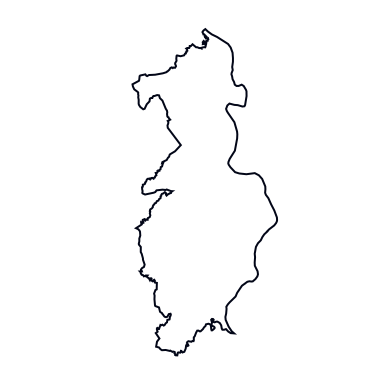 the district of Ambalema, Tolima, Colombia, rotated 341°
{"feature_id": "7082276B77811687937909", "entity_name": "Ambalema", "entity_type": "district", "adm_level": 2, "iso_a3": "COL", "parent_name": "Colombia", "parent_adm1": "Tolima", "projection": "natural_earth1", "projection_center": [-74.819, 4.832], "detail": "fine", "context": "isolated", "style": "outline", "palette": "ink", "viewbox_px": 384, "rotation_deg": 341, "n_neighbors": 0, "source": "geoboundaries", "source_scale": "gbopen_adm2", "svg_char_len": 6035}
<svg xmlns="http://www.w3.org/2000/svg" viewBox="0 0 384 384"><g transform="rotate(341 192 192)"><path d="M257.6,42.3L255.6,43.0L254.2,43.9L253.9,44.5L254.2,45.8L254.1,46.7L254.9,47.0L255.2,47.6L254.7,48.9L254.7,49.7L255.1,49.8L255.5,49.0L255.8,49.0L256.4,50.3L256.2,50.6L255.2,50.7L255.1,51.2L256.0,51.4L256.4,52.2L257.2,52.0L257.1,53.0L256.4,53.2L256.0,54.1L254.8,53.8L254.1,55.7L253.7,56.0L252.2,53.0L250.9,53.9L250.9,54.7L250.4,55.7L251.5,55.9L251.6,55.2L252.1,54.8L253.4,56.9L253.2,57.2L252.6,57.1L252.5,58.4L251.6,59.5L250.5,59.0L248.5,58.7L248.1,58.8L247.8,59.5L246.8,58.5L245.7,58.3L244.2,56.9L243.0,56.5L240.6,52.5L238.5,53.6L237.4,53.2L236.7,54.6L236.2,54.9L234.3,54.3L233.3,54.5L233.8,55.4L233.6,56.9L232.7,57.1L232.6,57.7L231.7,57.9L231.3,59.0L230.4,59.0L229.0,60.2L225.4,59.9L222.3,58.0L221.7,58.3L220.5,61.0L220.1,62.9L218.0,64.7L217.7,66.0L217.9,66.9L217.8,67.9L216.4,69.0L215.0,68.3L214.2,68.6L213.5,67.6L212.7,67.8L212.1,67.6L210.4,69.0L207.9,70.1L207.5,70.0L206.7,70.4L203.2,70.3L195.3,69.1L189.4,67.4L187.3,67.8L186.7,67.2L186.2,65.6L181.0,65.0L180.2,65.4L178.6,68.8L178.0,69.6L170.8,70.8L170.5,73.0L170.8,76.1L173.3,79.8L173.5,80.5L172.9,82.0L172.8,83.2L172.0,84.9L171.6,87.5L170.3,91.2L170.2,92.3L170.8,94.8L172.8,97.9L174.3,97.9L177.8,94.3L181.3,92.5L182.6,90.0L183.8,89.8L185.1,90.2L186.1,89.0L186.9,88.7L187.8,89.0L190.6,89.0L192.3,89.9L192.2,92.8L193.8,95.9L194.3,104.7L194.8,106.9L194.6,108.5L193.8,110.1L193.3,112.5L193.5,113.2L194.1,113.7L194.1,114.5L194.9,116.5L192.2,116.9L192.5,118.0L191.8,119.5L190.5,121.1L190.0,123.4L196.7,144.0L189.2,148.0L183.5,149.2L183.0,149.5L181.8,151.2L180.4,151.8L178.5,153.5L173.7,154.1L173.3,154.7L174.4,154.6L174.5,154.9L173.5,155.9L172.0,158.1L170.6,158.3L169.6,160.3L168.5,160.5L168.1,161.3L167.0,160.7L166.6,161.3L166.1,161.1L165.9,161.9L165.2,162.5L163.9,162.2L163.8,164.6L162.2,165.2L161.6,166.2L160.7,166.2L160.0,166.9L159.0,165.7L158.5,165.6L157.7,166.0L157.0,165.5L156.4,166.4L155.1,165.2L154.3,165.1L153.3,165.6L151.9,167.3L150.8,167.7L150.6,168.5L149.8,169.2L147.9,169.1L147.2,171.0L146.3,171.2L145.7,173.6L145.6,175.0L144.7,176.7L145.0,177.4L146.8,179.1L155.6,180.2L157.3,180.1L159.0,178.9L164.9,180.2L167.7,181.5L168.9,181.4L172.4,184.3L173.6,184.8L172.8,185.0L171.8,186.1L170.8,185.9L170.3,186.2L169.0,186.2L166.8,187.1L166.5,186.0L167.1,184.8L166.3,183.3L164.6,184.0L163.0,184.0L162.1,184.6L161.7,185.6L160.8,185.9L160.5,187.2L160.1,187.7L158.7,187.9L157.4,189.2L155.8,189.2L154.4,190.6L153.0,190.6L152.2,191.5L151.4,191.7L150.3,192.7L150.1,193.5L148.8,194.4L146.8,194.9L145.9,196.3L146.2,196.7L146.0,197.3L145.2,198.3L145.0,200.5L143.8,202.0L141.8,202.3L141.0,203.8L139.9,203.1L138.5,203.9L138.3,203.7L138.6,202.6L138.4,202.2L136.4,202.3L136.0,202.9L136.2,204.8L136.0,205.3L135.3,205.1L134.1,203.9L133.8,204.7L134.3,205.8L134.0,206.3L127.3,208.0L129.0,209.6L129.8,211.4L129.9,212.7L128.9,216.4L127.0,218.9L126.2,221.4L124.8,223.7L124.7,224.5L125.7,227.3L124.0,232.1L124.3,234.1L124.0,238.8L123.6,240.0L123.6,245.2L122.2,247.2L120.0,247.7L118.5,248.7L118.2,249.7L118.8,250.2L118.8,250.8L116.9,250.2L117.3,251.1L117.1,252.6L117.5,253.3L117.5,253.9L118.8,254.9L119.0,256.0L119.7,255.9L120.3,256.4L121.2,255.9L122.7,256.5L121.6,257.2L122.3,258.6L123.1,259.2L123.5,261.7L124.9,260.2L125.5,260.4L125.6,260.7L125.0,261.9L125.2,263.0L125.7,263.7L126.5,263.7L127.2,262.8L127.7,262.7L128.0,263.8L127.5,265.0L127.5,265.6L129.2,266.5L126.9,272.6L125.5,272.8L123.1,275.7L122.9,277.8L121.6,281.1L120.1,287.2L120.2,287.9L123.2,290.4L122.8,294.7L123.0,295.3L124.1,296.5L124.2,297.5L124.8,298.5L124.8,299.2L125.5,301.0L126.7,301.9L128.1,301.9L130.3,299.9L132.8,300.2L132.3,300.4L131.5,302.0L130.6,302.6L129.4,305.0L129.2,305.2L127.1,304.9L125.9,307.1L124.3,307.6L123.1,308.7L121.8,309.1L120.8,307.8L119.7,308.0L118.9,307.4L116.2,310.8L115.6,310.6L115.2,309.3L114.5,309.4L114.0,310.7L114.0,312.9L111.8,313.6L113.5,319.9L110.2,322.1L107.7,326.6L110.2,328.3L111.0,330.4L112.1,331.8L115.7,332.8L119.2,335.0L119.8,334.9L121.5,336.8L122.2,336.7L123.4,337.5L123.6,337.9L122.9,338.9L123.5,339.9L123.0,340.6L123.4,341.1L124.9,341.7L126.3,339.3L126.8,339.2L128.6,340.1L129.2,339.8L129.8,338.6L130.2,338.8L130.8,340.6L132.7,340.6L135.0,338.1L136.6,335.0L137.2,334.8L137.8,336.2L138.6,336.0L138.6,334.9L138.0,333.1L138.7,332.3L140.0,331.9L142.7,333.4L143.9,333.0L144.9,333.5L145.4,332.9L146.4,330.0L147.5,329.4L150.2,326.2L151.8,324.8L152.9,325.1L154.1,326.4L154.8,326.5L157.7,325.2L159.3,323.9L161.1,323.1L162.1,321.7L164.6,321.9L165.7,322.7L166.2,323.5L166.3,324.7L165.5,328.2L165.5,329.2L166.2,329.4L168.4,328.5L169.2,327.9L169.2,327.1L168.8,326.3L167.6,325.2L167.2,323.8L168.5,321.8L168.5,319.1L169.5,318.5L170.5,318.9L170.9,319.8L170.5,320.4L169.6,320.6L169.7,321.7L171.0,322.6L172.7,322.5L173.9,322.9L175.6,324.9L176.2,327.5L175.7,330.9L175.9,332.1L177.5,332.7L179.5,332.7L180.8,335.7L182.6,338.0L185.8,339.4L184.2,336.6L182.8,331.2L182.2,323.9L182.9,321.0L184.7,318.1L186.6,313.8L187.1,311.7L189.2,310.0L191.6,308.6L199.2,305.0L201.9,302.0L208.7,296.9L215.1,294.9L217.2,295.1L219.0,296.0L220.3,296.3L223.6,295.0L226.3,293.1L227.6,291.3L228.2,288.3L227.4,282.2L228.3,279.1L230.4,274.2L231.2,270.8L234.6,264.7L237.7,261.9L241.3,260.1L243.9,257.5L246.6,255.5L250.3,253.9L250.2,253.7L252.8,252.4L258.8,250.4L261.3,248.8L262.6,247.5L263.3,246.3L264.0,243.7L263.8,236.2L262.8,229.4L262.2,222.7L260.9,218.7L260.9,216.5L262.3,213.3L263.1,210.6L262.6,202.5L260.7,198.0L257.5,194.6L249.2,192.9L242.8,189.9L239.2,187.3L236.4,181.1L235.6,178.1L235.6,176.8L236.3,175.4L238.5,172.9L246.0,166.9L252.1,156.1L253.6,152.3L254.3,149.5L254.8,139.8L251.7,128.7L251.3,126.7L251.3,124.5L253.6,121.7L256.2,120.6L260.4,123.4L263.6,124.8L267.5,127.6L269.5,128.0L270.5,127.1L274.8,119.1L276.3,114.5L276.3,112.9L275.4,108.6L273.9,106.7L270.7,106.9L268.6,106.2L267.4,104.4L267.6,101.7L267.1,98.6L267.6,95.5L267.6,93.6L268.2,92.4L270.2,90.0L270.7,86.9L273.1,82.2L274.3,78.8L275.7,73.5L275.6,68.0L274.3,63.8L266.2,53.6L262.1,49.5L259.3,45.5L257.6,42.3Z" fill="none" stroke="#020617" stroke-width="2"/></g></svg>